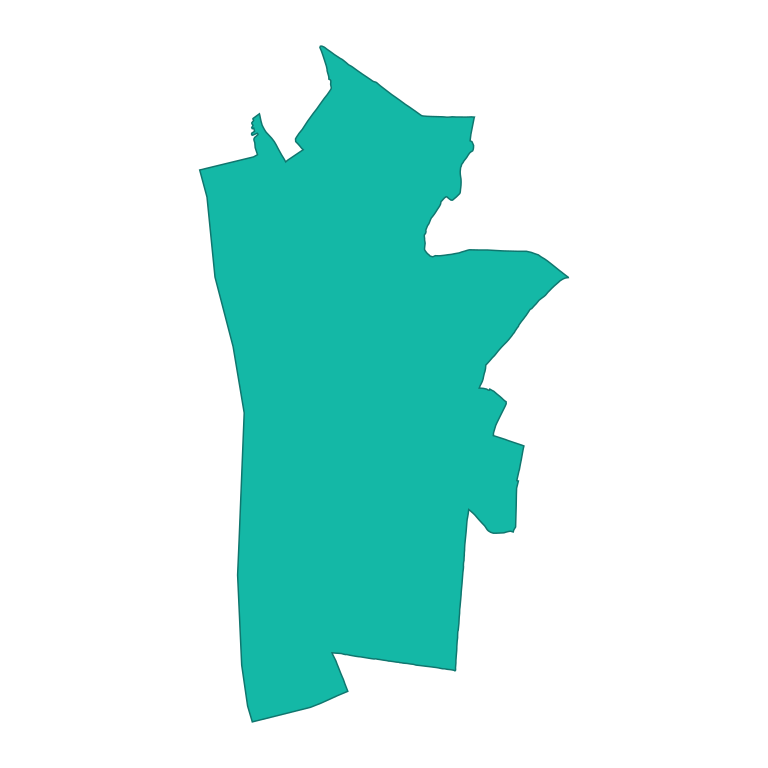 Ipotesti, Olt, Romania
{"feature_id": "2599482B17273556266895", "entity_name": "Ipotesti", "entity_type": "district", "adm_level": 2, "iso_a3": "ROU", "parent_name": "Romania", "parent_adm1": "Olt", "projection": "albers", "projection_center": [24.407, 44.32], "detail": "fine", "context": "isolated", "style": "filled", "palette": "teal", "viewbox_px": 768, "rotation_deg": 0, "n_neighbors": 0, "source": "geoboundaries", "source_scale": "gbopen_adm2", "svg_char_len": 6075}
<svg xmlns="http://www.w3.org/2000/svg" viewBox="0 0 768 768"><path d="M252.3,721.9L310.5,707.3L321.1,703.1L337.6,695.6L347.8,691.3L344.8,683.6L343.4,679.5L342.2,676.8L340.9,673.7L340.1,671.7L338.5,667.6L337.0,663.9L335.9,660.9L334.9,658.9L333.8,656.7L332.6,654.3L332.1,652.8L335.4,653.1L341.3,653.5L343.7,654.2L345.6,654.6L346.8,654.5L349.8,655.2L355.8,656.3L358.6,656.7L360.2,656.8L371.8,658.7L374.1,659.0L375.7,658.8L377.4,659.2L380.3,659.6L383.1,660.1L386.7,660.6L388.8,661.1L390.1,661.1L391.2,661.3L393.4,661.6L395.7,662.0L397.3,662.2L398.5,662.2L399.6,662.6L401.7,662.8L403.0,663.1L405.2,663.3L406.9,663.4L410.5,664.0L413.3,664.3L414.4,664.6L416.0,665.1L419.9,665.5L424.6,666.1L430.6,666.8L433.6,667.2L436.1,667.5L438.5,667.9L441.2,668.5L442.9,668.8L444.6,668.8L447.2,669.3L450.9,669.7L454.0,670.3L454.8,670.8L455.4,670.6L455.6,669.7L455.5,667.8L455.9,663.0L455.9,660.8L456.2,656.5L456.7,650.6L456.8,648.1L456.8,646.6L457.2,640.9L457.6,637.8L457.6,635.7L457.7,633.0L457.8,631.5L458.2,630.3L458.9,623.5L459.2,617.5L459.6,613.4L459.7,609.4L460.0,607.1L460.7,599.4L461.1,594.8L461.2,592.4L461.6,588.0L462.0,583.9L462.4,578.7L462.9,572.3L463.4,568.3L463.5,566.7L463.4,565.7L463.5,563.1L463.8,561.3L464.0,560.6L464.1,557.3L464.3,555.3L464.3,553.2L464.5,551.0L464.6,550.1L464.6,548.3L464.8,544.8L466.0,533.0L466.3,529.6L466.7,524.4L466.8,523.0L467.0,520.9L467.2,519.1L467.5,517.9L468.2,513.8L468.7,509.5L469.4,510.0L472.7,512.9L474.7,514.8L478.9,519.7L482.2,523.3L484.7,525.9L487.2,529.7L488.4,530.9L490.7,532.3L493.3,533.2L495.9,533.2L500.4,533.0L504.0,532.8L506.5,532.0L509.0,531.4L510.6,531.2L513.2,532.0L513.8,529.9L515.6,527.0L516.2,505.8L516.4,494.3L516.6,488.2L518.4,481.0L516.8,480.6L518.9,471.2L519.4,469.5L520.2,465.1L521.0,461.0L521.2,460.2L522.0,455.6L522.8,451.2L523.7,446.6L523.8,446.6L523.9,445.9L507.7,440.4L505.4,439.5L493.3,435.6L493.5,434.5L493.4,433.8L493.6,432.6L495.7,425.5L497.0,422.6L500.5,415.5L505.1,406.3L506.2,403.8L506.1,401.7L504.7,400.8L503.0,399.3L501.9,398.2L500.1,396.6L496.9,394.0L493.7,391.2L492.4,390.6L489.8,389.1L489.5,389.7L489.3,390.2L488.3,390.1L486.6,389.1L483.5,388.4L481.3,388.2L479.2,388.1L480.4,385.1L480.8,384.5L482.3,381.4L483.1,378.9L483.5,376.8L484.3,373.3L484.9,371.6L485.5,368.7L485.8,365.1L487.2,363.6L489.1,361.5L492.3,357.8L494.6,355.5L496.2,353.5L498.1,351.1L501.2,347.5L503.9,344.7L506.7,341.9L509.0,339.3L511.8,335.8L512.9,334.2L513.7,333.3L514.5,332.2L515.3,330.7L516.3,329.3L517.1,328.0L518.1,326.8L518.6,326.0L518.9,325.0L521.4,321.5L523.8,318.5L524.5,317.5L526.2,315.3L528.8,311.4L529.2,310.8L530.1,309.4L531.7,308.6L534.5,305.5L536.0,304.0L539.1,300.2L540.5,299.1L541.8,298.1L544.0,296.5L545.6,295.1L547.9,292.3L549.8,290.4L551.8,288.3L553.2,287.0L554.0,286.2L557.3,283.3L558.6,282.2L559.8,281.0L562.1,279.5L563.6,278.7L565.1,278.1L566.6,277.8L568.3,277.6L568.2,277.2L566.7,276.1L562.8,273.1L561.7,272.2L560.1,271.0L557.7,269.1L554.5,266.5L547.4,260.9L544.7,259.0L541.0,256.8L538.4,254.9L535.1,253.8L531.3,252.4L528.2,251.7L526.5,251.3L524.2,251.3L518.5,251.3L503.1,250.9L497.7,250.6L487.1,250.0L478.8,250.0L474.0,249.9L469.4,249.8L467.3,250.3L464.8,251.1L461.6,252.0L459.2,252.9L454.6,253.7L451.2,254.4L448.3,254.7L444.9,255.2L440.7,255.7L439.0,255.8L435.2,255.7L433.8,256.4L432.7,256.8L430.2,256.1L429.0,254.9L427.3,253.5L426.1,252.0L425.3,250.9L424.8,250.2L424.5,249.1L424.6,247.9L424.7,246.8L424.9,245.1L425.1,243.5L425.0,242.2L424.7,240.7L424.6,239.6L424.6,238.3L424.4,237.0L424.3,235.9L424.4,234.9L424.7,234.3L425.4,233.7L425.8,232.6L426.0,231.5L425.8,230.4L426.1,229.2L426.5,228.3L427.5,225.8L428.9,223.7L429.7,221.7L430.7,219.2L431.3,218.0L432.5,216.6L434.3,214.2L435.4,212.6L437.6,209.1L439.3,206.6L440.0,205.3L440.6,204.0L440.8,202.7L441.1,201.5L441.8,200.9L443.2,199.3L444.5,197.9L446.1,196.7L446.9,196.9L449.0,198.7L451.0,200.1L452.6,200.1L456.4,196.9L457.6,195.7L458.6,194.7L459.7,193.6L460.0,193.0L460.2,192.4L460.4,190.9L460.5,189.5L460.7,188.0L461.0,185.2L461.1,182.1L461.0,179.0L460.9,178.5L460.6,176.6L460.3,174.3L460.2,171.7L460.6,167.6L461.3,166.0L461.6,164.5L463.0,162.6L464.1,160.7L465.6,158.9L467.0,157.0L468.0,155.3L469.7,152.9L470.9,151.9L472.7,150.8L473.3,149.1L473.5,147.7L473.6,145.5L472.7,143.3L471.9,141.6L470.1,140.8L470.9,134.3L474.2,117.6L474.4,117.1L471.4,116.9L468.9,117.0L465.1,117.1L460.6,117.0L456.0,117.0L452.2,116.8L449.3,117.1L446.9,117.2L445.1,117.0L442.3,116.8L431.3,116.5L426.8,116.3L423.3,116.0L422.1,115.8L420.9,115.2L419.1,113.9L417.3,112.6L410.5,107.8L405.1,104.2L400.4,100.7L395.5,97.2L391.9,94.7L389.0,92.5L384.6,89.1L380.3,85.8L378.2,84.0L377.1,83.0L375.9,82.2L373.7,81.6L372.5,81.0L370.6,79.6L362.1,73.9L357.4,70.6L352.6,67.1L350.9,66.0L349.0,65.0L348.3,64.5L345.9,62.4L343.1,60.1L341.8,59.2L340.4,58.5L339.0,57.6L334.3,54.5L331.5,52.4L326.8,49.1L325.2,47.8L324.2,47.1L322.1,46.2L321.3,46.1L320.4,46.2L320.1,46.9L319.9,47.5L321.5,51.3L322.9,55.3L324.6,60.5L326.4,66.2L326.9,68.5L327.1,69.6L327.1,70.6L327.3,71.5L328.5,75.7L328.8,77.1L328.9,79.2L329.6,79.5L330.2,79.8L330.6,80.3L330.8,81.0L330.8,82.6L330.6,84.1L330.8,85.3L331.1,86.8L331.3,87.9L331.1,88.7L330.5,89.9L327.2,94.7L324.3,98.3L323.3,99.7L320.2,104.0L316.7,109.0L313.4,113.2L307.6,121.2L302.2,129.5L300.7,131.3L299.0,133.4L296.4,137.3L295.5,138.9L295.6,140.3L295.7,141.6L298.3,144.3L299.9,146.1L301.4,148.0L303.2,149.7L287.5,160.3L285.7,161.9L284.0,158.8L281.7,155.1L278.0,148.4L276.2,144.9L274.4,141.8L273.0,139.9L271.6,138.1L267.7,133.9L266.2,132.3L265.1,130.7L264.0,128.8L263.1,127.1L262.1,125.1L261.0,121.1L260.4,118.3L259.8,115.3L259.4,113.8L253.0,118.5L252.9,119.0L253.6,120.1L253.5,120.7L252.4,122.0L251.8,122.8L251.9,123.8L252.6,124.6L253.0,125.4L252.3,126.6L251.7,127.7L252.3,128.7L253.7,128.1L254.6,131.3L251.8,133.1L251.6,133.6L251.6,134.4L252.0,135.1L252.7,135.2L257.1,133.2L257.7,133.7L258.0,134.3L257.7,134.9L256.0,136.4L254.6,137.5L253.9,139.0L254.0,140.3L254.8,142.8L255.2,147.7L257.5,154.7L253.6,156.9L199.7,170.0L207.0,197.1L215.0,277.1L233.1,346.6L244.2,412.9L239.1,540.4L237.6,575.0L241.7,665.1L247.6,706.0L252.3,721.9Z" fill="#14b8a6" stroke="#0f766e" stroke-width="1.5"/></svg>